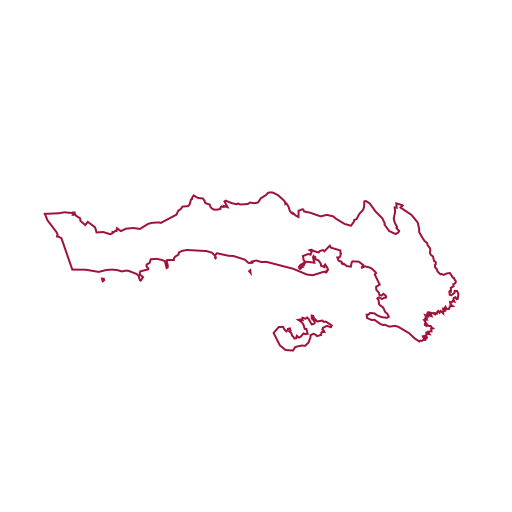 the district of Tapanuli Tengah, Sumatera Utara, Indonesia, rotated 315°
{"feature_id": "22746128B86210793324026", "entity_name": "Tapanuli Tengah", "entity_type": "district", "adm_level": 2, "iso_a3": "IDN", "parent_name": "Indonesia", "parent_adm1": "Sumatera Utara", "projection": "equal_earth", "projection_center": [98.833, 1.868], "detail": "fine", "context": "isolated", "style": "outline", "palette": "rose", "viewbox_px": 512, "rotation_deg": 315, "n_neighbors": 0, "source": "geoboundaries", "source_scale": "gbopen_adm2", "svg_char_len": 6159}
<svg xmlns="http://www.w3.org/2000/svg" viewBox="0 0 512 512"><g transform="rotate(315 256 256)"><path d="M116.5,135.7L126.0,145.4L133.5,156.0L140.0,159.9L144.4,163.6L147.8,167.7L150.3,172.1L154.0,174.6L155.6,176.8L158.8,184.2L159.0,186.9L156.8,190.9L157.1,191.9L161.2,191.1L160.7,187.0L162.3,185.4L163.4,185.1L170.3,189.2L171.0,188.7L171.1,186.6L171.7,185.3L172.8,184.7L175.8,185.6L179.3,183.9L183.6,187.6L186.6,192.1L187.9,195.3L184.3,201.3L185.5,201.6L186.6,200.7L189.5,196.1L190.4,196.0L195.0,200.8L196.3,199.6L198.3,199.3L202.2,200.2L203.9,199.0L207.1,200.0L211.3,202.8L224.4,217.4L227.2,222.5L227.2,225.8L227.9,226.6L230.4,226.5L236.7,236.4L240.1,240.1L245.5,250.7L245.8,255.6L248.5,258.2L249.6,258.0L249.5,257.2L253.0,259.4L255.6,264.2L259.2,267.5L273.2,291.2L278.9,305.1L282.6,309.8L292.9,315.1L294.0,317.3L295.0,317.2L295.4,316.3L296.9,316.8L297.9,315.5L298.9,310.9L297.3,311.1L296.5,312.1L295.1,308.8L296.2,307.6L297.0,304.4L296.8,302.5L295.7,300.6L297.0,298.8L296.0,298.6L296.6,296.8L295.5,297.1L292.5,302.0L287.8,295.8L285.0,295.5L283.6,296.3L282.6,294.7L281.6,294.8L281.4,296.8L279.6,295.7L278.9,296.6L278.1,296.3L277.8,295.6L278.5,294.2L280.7,293.7L286.5,295.1L286.8,292.6L289.2,289.2L294.5,291.6L295.4,293.6L298.6,292.3L298.1,289.8L299.4,290.5L300.9,294.5L302.8,297.8L304.7,297.6L307.5,299.2L307.7,301.0L315.5,300.9L314.9,303.1L319.6,311.8L317.9,313.4L317.9,314.3L315.0,315.9L313.8,315.9L312.5,314.6L311.2,317.3L311.3,318.8L312.3,319.9L312.2,321.5L311.4,321.9L311.6,323.3L312.6,323.5L313.1,327.4L315.5,330.6L319.3,328.1L320.5,328.1L324.7,332.7L325.4,338.2L322.9,338.7L322.7,339.3L325.7,340.3L328.4,344.8L329.0,347.2L329.1,352.3L328.8,353.0L326.9,353.1L323.2,363.7L319.2,362.7L317.2,364.9L316.9,369.0L315.7,370.7L316.8,372.8L319.3,372.8L319.7,375.5L319.2,377.0L318.1,377.2L317.3,376.3L314.6,375.5L313.8,372.2L311.8,371.8L311.4,374.0L309.0,377.1L308.8,378.4L309.5,382.4L307.8,386.8L308.0,389.7L306.9,392.9L304.8,392.2L301.5,387.9L299.6,383.2L299.2,380.4L296.4,376.9L294.0,377.0L292.8,375.7L290.7,378.4L292.5,383.0L294.6,384.9L295.8,391.7L297.0,394.7L298.4,395.6L300.4,400.3L304.9,403.7L306.5,406.6L309.7,418.9L309.9,426.3L311.0,432.0L312.5,432.2L313.3,433.3L314.8,433.6L316.5,435.1L317.2,434.7L316.5,432.5L317.2,430.8L318.7,431.6L317.7,433.4L318.6,434.7L319.4,434.4L319.3,432.3L320.8,432.4L322.3,430.5L323.0,431.0L322.5,432.6L323.4,433.9L323.6,432.3L324.4,431.3L326.8,433.4L328.3,431.4L329.9,432.3L329.6,430.7L330.0,429.0L329.0,428.0L328.5,426.4L327.1,426.2L326.6,424.1L327.5,423.4L328.7,424.3L329.6,420.1L331.7,421.8L331.7,419.9L332.8,420.6L333.8,417.6L334.9,420.2L336.0,418.0L336.8,417.7L336.5,420.4L337.6,422.7L338.2,421.4L337.9,419.3L338.5,418.2L341.0,422.2L341.5,424.9L342.1,422.9L343.3,424.6L344.8,423.6L346.1,423.8L345.6,425.9L347.7,425.5L347.8,428.9L348.9,427.5L350.4,428.2L350.3,426.6L351.0,425.6L352.0,427.6L352.9,426.1L354.1,425.9L353.3,428.1L355.0,429.9L357.5,428.7L359.7,430.5L359.3,427.9L360.7,425.8L361.5,427.1L363.2,426.8L364.0,428.5L365.0,426.2L366.2,425.5L367.9,426.2L367.3,428.4L368.2,429.0L372.4,425.9L373.4,422.9L371.8,421.2L370.3,422.4L366.3,421.8L365.6,420.4L367.4,418.0L368.0,417.8L368.7,419.0L371.3,416.2L374.2,417.1L375.5,415.5L377.7,416.2L379.4,415.2L379.8,412.9L380.5,411.8L379.9,410.6L381.1,405.2L378.9,403.5L375.2,401.9L374.6,400.0L373.5,399.4L373.4,395.3L374.5,393.3L374.6,390.8L376.0,388.9L377.5,388.8L378.8,387.2L378.4,385.3L380.8,381.6L380.5,378.7L381.3,376.5L383.4,375.2L384.5,373.5L385.1,369.6L386.1,368.0L385.8,364.8L386.4,361.3L388.3,354.4L390.4,352.4L394.0,346.7L395.0,336.7L392.4,324.0L395.5,324.0L395.4,323.6L392.4,318.0L389.6,321.4L388.4,319.7L385.4,323.3L380.0,326.8L377.7,330.5L376.2,335.3L375.1,335.4L374.9,339.6L373.1,340.0L370.2,339.1L367.8,332.4L369.1,324.7L370.1,324.0L372.0,318.6L372.0,309.0L373.6,299.1L372.5,294.7L371.2,294.0L367.0,297.8L364.4,299.1L358.7,299.3L353.4,301.0L350.9,300.0L349.1,301.1L344.5,301.7L341.3,295.9L338.9,286.1L338.6,282.5L335.2,277.1L329.7,273.6L324.9,263.7L321.5,258.5L322.3,256.5L321.8,255.7L318.1,254.1L313.6,258.5L312.7,255.7L312.6,252.8L312.3,253.2L311.6,251.4L311.7,248.3L313.9,244.0L314.7,240.3L313.5,240.0L314.8,238.1L315.0,235.9L314.5,228.3L312.8,223.1L311.1,221.1L309.1,219.8L306.2,220.0L300.4,218.6L295.3,219.6L292.0,217.4L289.6,214.0L286.9,213.4L281.1,208.3L280.5,206.2L279.1,205.9L276.3,201.7L273.7,195.4L272.3,195.1L270.4,201.3L268.8,198.3L268.6,198.9L267.2,197.8L266.7,196.5L265.4,196.5L264.1,197.6L261.0,195.5L259.1,193.5L258.4,191.1L258.6,188.9L259.6,186.9L257.8,183.1L257.8,181.9L258.6,180.8L259.1,177.8L256.0,173.9L254.7,169.1L252.1,169.6L251.1,170.5L249.9,170.1L245.8,172.5L243.3,172.8L239.0,169.1L235.7,169.6L233.1,169.0L229.0,170.5L212.1,165.3L210.7,163.2L206.0,159.1L202.5,157.0L193.1,154.8L189.1,149.5L183.3,144.7L178.0,142.8L177.4,138.1L175.0,139.7L174.3,138.7L172.1,138.5L171.6,137.6L170.8,138.4L168.4,137.6L164.9,131.0L159.9,126.6L162.5,121.9L161.2,112.9L157.1,113.4L156.7,106.9L158.3,105.1L157.2,100.3L157.6,99.0L155.8,97.5L158.3,96.8L156.8,95.2L157.1,96.3L156.6,95.9L151.5,89.7L146.6,86.2L136.5,76.9L133.8,83.3L131.8,98.1L130.8,100.6L129.1,101.5L129.9,102.4L131.0,105.8L116.5,135.7ZM224.1,328.4L225.0,325.2L221.8,322.3L214.0,322.9L209.7,336.0L210.4,343.4L215.3,349.0L219.4,348.1L224.9,351.5L227.3,354.3L232.0,354.3L236.9,352.1L238.6,350.5L241.7,351.7L242.5,354.0L242.5,355.8L246.3,357.9L247.7,356.6L249.1,356.4L250.6,358.1L251.2,356.6L251.0,354.9L252.6,354.1L256.6,355.5L258.7,359.4L260.4,358.7L259.3,353.0L258.9,351.7L257.3,350.5L257.3,348.6L253.0,345.6L253.0,340.9L254.1,338.8L253.3,337.5L251.3,339.6L251.2,343.7L250.1,344.9L248.4,344.7L247.0,343.7L248.7,337.7L248.7,335.6L246.6,335.4L245.2,332.5L244.0,333.1L243.6,334.2L242.2,332.0L240.7,331.0L241.5,334.3L241.2,337.7L238.9,342.0L240.1,343.2L237.5,347.5L235.7,346.2L234.8,344.3L230.3,344.7L228.7,344.1L228.4,341.3L226.3,342.6L224.8,341.5L225.3,339.9L225.2,337.7L226.4,335.8L226.3,332.9L227.6,333.3L228.8,331.2L227.0,330.1L226.0,330.8L224.1,330.8L224.1,328.4ZM131.5,165.7L132.3,164.4L131.0,163.1L129.8,165.5L131.5,165.7ZM241.9,262.0L240.4,261.9L240.2,264.1L241.9,262.0ZM226.4,228.9L227.0,227.5L225.9,228.1L225.8,229.0L226.4,228.9Z" fill="none" stroke="#9f1239" stroke-width="2"/></g></svg>